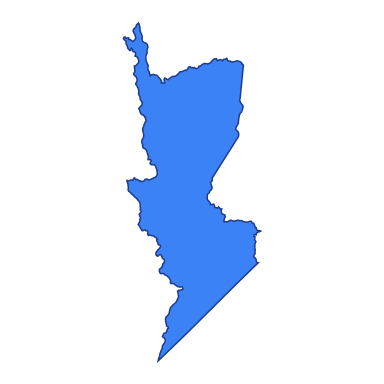 outline of Curionópolis, Pará, Brazil
{"feature_id": "56859067B21950547487547", "entity_name": "Curionópolis", "entity_type": "district", "adm_level": 2, "iso_a3": "BRA", "parent_name": "Brazil", "parent_adm1": "Pará", "projection": "natural_earth1", "projection_center": [-49.678, -6.25], "detail": "fine", "context": "isolated", "style": "filled", "palette": "blue", "viewbox_px": 384, "rotation_deg": 0, "n_neighbors": 0, "source": "geoboundaries", "source_scale": "gbopen_adm2", "svg_char_len": 5967}
<svg xmlns="http://www.w3.org/2000/svg" viewBox="0 0 384 384"><path d="M158.1,361.0L187.3,332.8L237.5,282.9L258.2,262.8L257.0,262.6L256.4,261.5L256.2,259.9L255.6,258.5L254.8,257.5L253.7,256.8L253.8,255.4L255.2,253.5L254.8,252.0L255.3,250.4L254.7,247.1L255.0,245.8L254.8,244.3L255.9,241.6L254.9,240.2L254.7,238.8L255.0,236.8L253.8,236.1L254.1,234.8L255.2,234.5L256.0,235.0L256.3,234.0L256.8,232.9L257.9,232.1L259.5,231.8L260.7,231.1L259.5,230.6L257.9,230.7L256.9,230.0L256.4,229.0L256.3,227.8L255.1,227.5L254.8,225.6L254.2,224.5L253.7,223.2L252.3,223.1L251.4,221.3L250.2,221.2L246.9,222.3L243.2,221.6L241.8,220.6L239.9,220.7L238.4,220.2L236.2,220.5L234.9,221.1L233.8,221.1L232.5,220.8L231.1,220.2L230.0,220.3L228.4,221.4L227.1,221.8L225.9,221.6L224.1,221.9L224.0,220.3L224.5,218.1L225.4,216.6L224.9,215.1L223.5,214.3L222.2,214.0L221.3,212.7L221.3,210.7L221.8,208.9L220.2,208.8L219.6,207.8L218.6,206.9L217.8,208.2L216.5,207.7L215.5,207.6L214.7,207.1L214.3,205.3L213.7,204.1L210.5,204.7L210.1,202.9L209.1,201.3L207.9,200.5L207.3,199.2L207.2,195.4L207.9,193.7L209.2,192.9L209.6,191.4L211.7,189.2L212.1,187.0L211.1,184.5L210.6,182.4L212.2,180.9L212.4,179.4L212.1,178.2L238.4,136.7L238.7,134.9L238.6,133.0L237.6,131.2L236.0,129.9L235.7,128.7L236.1,127.2L238.3,123.4L238.7,118.9L239.2,116.3L239.8,113.8L241.6,111.9L243.1,107.3L242.8,105.4L241.7,104.2L240.5,102.6L239.6,100.1L240.1,98.4L243.4,65.1L242.4,64.5L242.0,63.4L241.0,62.4L240.1,61.7L238.8,61.3L237.6,60.8L236.5,60.9L235.3,61.5L234.4,61.7L233.3,61.7L232.2,62.1L231.0,61.7L230.1,61.0L228.6,61.0L227.7,60.7L226.7,58.3L225.2,59.2L223.9,59.2L222.4,60.8L221.7,60.1L220.7,59.6L219.2,59.9L217.4,60.7L216.4,58.7L214.2,58.9L213.0,59.8L211.2,61.8L210.8,62.7L208.4,63.7L207.2,63.9L204.6,63.4L203.8,63.9L202.6,64.2L200.2,66.2L198.9,66.2L198.4,67.5L197.5,68.4L196.2,68.7L194.3,67.5L193.2,68.0L192.1,67.4L190.8,67.6L190.0,66.7L188.4,67.2L188.0,68.4L187.4,69.5L186.5,70.4L185.3,70.1L182.0,71.6L180.8,71.9L179.9,71.8L178.5,73.8L177.5,74.3L176.5,75.6L175.3,76.2L172.2,76.5L171.0,77.5L169.7,78.3L168.0,79.8L164.9,78.0L164.0,79.5L164.2,80.9L164.7,83.0L161.3,83.0L161.6,81.3L160.6,79.5L159.3,77.9L156.6,75.1L155.3,75.2L153.4,74.4L151.6,74.8L150.1,75.7L149.3,72.2L148.1,69.9L147.8,68.1L148.3,65.6L147.3,63.7L146.0,60.3L146.0,59.0L145.8,56.5L146.3,54.8L147.2,52.7L146.9,51.3L147.2,49.6L147.9,47.4L147.6,45.3L147.2,44.4L146.4,43.4L144.4,42.6L142.3,41.0L142.1,38.8L142.2,36.1L140.6,32.1L140.1,30.2L139.9,28.9L140.1,27.7L139.6,26.6L139.5,25.2L138.5,23.0L137.7,23.7L136.3,25.2L136.0,26.9L134.2,28.5L133.3,29.7L133.1,31.2L134.7,34.4L135.5,36.6L135.8,38.1L134.5,40.1L133.1,41.3L131.4,40.7L130.5,39.5L128.7,39.5L128.6,37.8L125.9,38.2L125.0,36.9L124.1,37.2L123.3,38.5L124.6,40.1L126.1,41.3L126.0,42.6L126.3,44.4L127.1,45.6L127.9,48.4L129.7,50.5L130.8,50.4L130.8,49.2L131.7,48.2L132.7,49.8L133.1,51.8L134.6,51.8L135.6,52.6L135.4,54.8L135.0,56.1L136.5,56.5L137.9,58.0L138.2,59.3L138.9,61.0L138.5,62.4L137.0,64.5L135.4,66.0L134.4,65.9L134.4,67.0L134.8,69.3L134.8,71.1L134.7,72.2L133.8,73.2L133.7,74.3L134.9,76.0L135.8,76.3L137.0,78.7L137.1,80.7L136.8,81.7L135.9,83.0L135.8,84.5L137.1,86.0L137.4,87.1L138.1,88.0L138.8,91.1L138.6,93.1L138.8,94.7L139.8,96.2L140.2,99.1L140.8,100.5L142.3,102.8L141.7,105.7L140.7,106.0L140.1,107.1L139.1,107.8L138.8,108.8L139.5,109.9L139.8,111.2L140.8,113.6L141.8,114.6L142.8,114.8L143.7,115.7L144.6,116.0L144.6,117.1L145.7,118.2L145.6,119.4L146.1,120.8L144.8,122.9L143.7,125.8L143.4,127.0L142.7,128.5L142.7,130.3L143.8,134.8L143.4,137.9L142.3,139.2L141.8,141.0L141.9,142.9L142.7,144.6L142.5,146.0L143.3,148.0L145.5,149.1L146.3,150.0L146.9,151.4L147.3,153.3L148.6,156.7L148.2,157.8L148.0,159.6L149.2,159.7L150.7,159.6L151.2,161.1L150.5,162.2L150.0,163.5L151.0,164.6L153.2,164.8L154.3,164.6L155.9,166.6L156.0,167.8L156.6,169.0L157.2,171.7L157.2,174.0L156.9,175.4L156.2,176.4L155.4,177.1L154.4,177.6L153.4,177.9L152.6,178.7L151.5,178.9L149.6,180.0L148.4,179.9L147.5,179.1L146.5,179.0L145.3,179.2L144.0,181.0L141.7,181.6L140.7,180.9L139.7,181.1L138.8,180.3L136.7,179.2L135.8,179.6L135.0,179.0L134.7,177.9L133.7,178.2L132.6,180.4L131.6,180.0L130.6,180.0L129.4,180.7L128.3,180.7L127.1,180.3L127.0,181.4L127.9,183.8L128.4,188.0L128.1,189.1L128.2,190.2L128.7,191.3L130.7,192.7L131.3,193.9L133.3,195.2L135.0,197.2L135.8,197.6L136.5,198.5L137.3,199.1L137.9,200.1L139.3,201.7L139.9,202.7L140.2,204.9L140.1,206.3L140.4,207.7L140.3,209.0L140.3,210.1L140.9,210.9L141.1,212.0L140.6,212.8L139.8,213.4L139.2,214.5L139.6,215.6L140.2,217.0L140.5,218.0L139.8,219.4L139.9,220.8L139.5,222.1L138.2,224.3L138.7,225.4L139.5,226.1L140.1,227.2L140.5,228.4L141.2,229.3L141.7,230.3L142.6,230.8L145.0,229.8L145.7,230.7L146.7,230.7L147.7,231.3L147.9,232.3L147.6,233.4L147.8,234.5L148.3,235.4L149.4,235.1L150.3,235.1L151.2,235.6L153.6,235.9L155.1,237.3L156.1,237.6L156.9,238.4L157.5,239.4L156.6,239.9L156.9,241.2L157.6,242.1L158.2,244.6L160.2,245.3L160.5,246.5L160.0,247.6L159.1,248.8L158.3,249.4L156.0,252.5L155.9,253.9L156.1,255.1L157.0,255.9L158.0,256.2L158.8,255.3L159.7,254.7L160.7,254.7L161.4,255.4L161.6,256.4L162.8,258.7L163.7,259.0L164.5,259.8L164.5,261.1L164.3,262.2L163.5,263.4L162.7,264.0L162.5,265.3L162.5,266.3L161.7,267.0L161.3,268.1L160.3,268.5L159.4,269.4L159.3,270.8L159.5,271.9L160.0,273.0L161.0,273.7L162.3,273.4L163.7,273.7L164.7,274.8L165.8,275.1L168.8,277.5L170.1,279.4L170.6,280.7L170.4,283.0L171.3,283.6L172.6,283.5L173.6,283.6L175.8,285.3L177.6,286.5L179.8,287.1L181.8,286.7L182.5,287.4L182.9,289.1L181.8,289.9L178.4,290.3L177.5,291.3L178.1,293.1L178.2,294.9L178.7,296.6L177.9,298.4L175.8,302.6L172.9,305.0L170.5,307.6L169.6,310.7L169.2,313.1L168.6,314.3L167.7,315.5L166.1,317.0L165.6,318.2L165.5,319.4L165.6,321.0L166.7,326.2L168.0,326.8L168.5,328.1L167.5,328.7L166.5,332.1L165.1,333.1L163.9,333.4L163.2,334.7L162.5,336.6L164.7,338.4L165.4,340.5L165.0,342.0L162.8,345.3L162.3,346.7L162.1,348.6L161.3,350.2L160.1,353.3L159.6,356.0L159.1,357.5L158.6,358.6L158.1,361.0Z" fill="#3b82f6" stroke="#1e3a8a" stroke-width="1.5"/></svg>